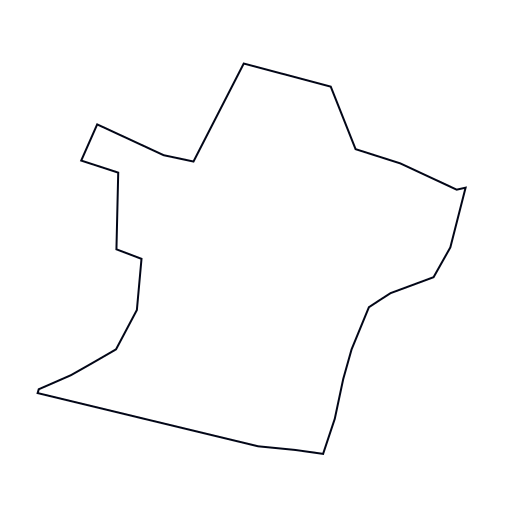 outline of Gyeyang-gu, Gyeonggi, South Korea, rotated 12°
{"feature_id": "91817680B94833670639499", "entity_name": "Gyeyang-gu", "entity_type": "district", "adm_level": 2, "iso_a3": "KOR", "parent_name": "South Korea", "parent_adm1": "Gyeonggi", "projection": "albers", "projection_center": [126.738, 37.552], "detail": "fine", "context": "isolated", "style": "outline", "palette": "ink", "viewbox_px": 512, "rotation_deg": 12, "n_neighbors": 0, "source": "geoboundaries", "source_scale": "gbopen_adm2", "svg_char_len": 541}
<svg xmlns="http://www.w3.org/2000/svg" viewBox="0 0 512 512"><g transform="rotate(12 256 256)"><path d="M204.0,70.3L175.2,176.6L144.7,176.6L73.3,160.3L65.2,199.0L103.9,203.1L118.1,278.5L144.6,282.6L150.7,333.6L138.5,376.4L118.1,394.8L99.7,411.1L71.2,431.5L70.9,435.5L297.6,441.7L334.3,437.6L362.8,435.6L362.8,435.3L366.9,398.9L366.9,358.1L368.9,327.5L377.1,282.6L386.2,273.4L395.4,264.3L434.1,239.8L444.3,207.2L446.8,145.6L438.5,149.4L377.8,135.4L331.2,130.8L293.9,74.8L204.0,70.3Z" fill="none" stroke="#020617" stroke-width="2"/></g></svg>